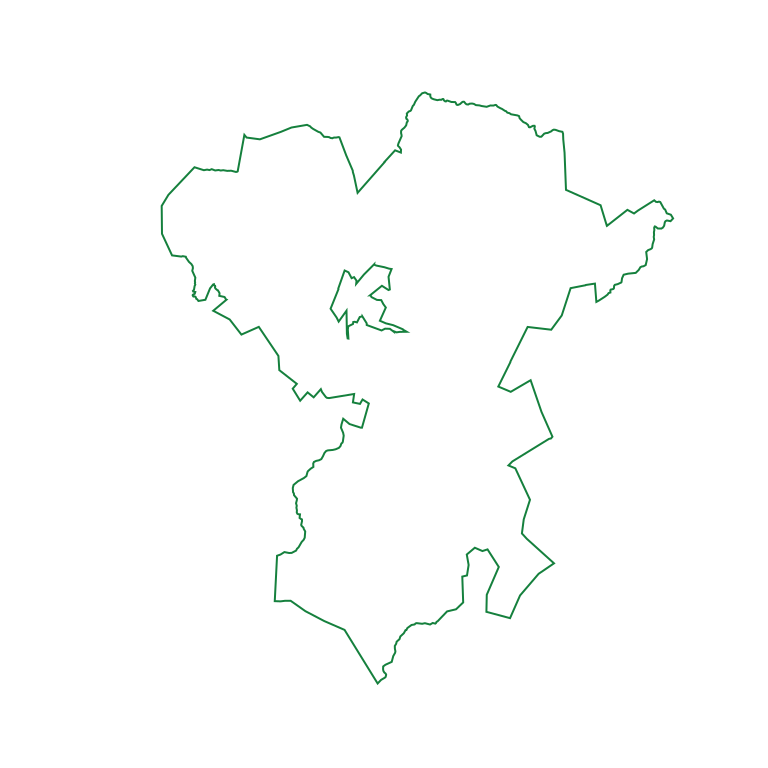 the district of Marondera, Mashonaland East, Zimbabwe, rotated 281°
{"feature_id": "62879985B19621940565976", "entity_name": "Marondera", "entity_type": "district", "adm_level": 2, "iso_a3": "ZWE", "parent_name": "Zimbabwe", "parent_adm1": "Mashonaland East", "projection": "orthographic", "projection_center": [31.543, -18.251], "detail": "fine", "context": "isolated", "style": "outline", "palette": "green", "viewbox_px": 768, "rotation_deg": 281, "n_neighbors": 0, "source": "geoboundaries", "source_scale": "gbopen_adm2", "svg_char_len": 6162}
<svg xmlns="http://www.w3.org/2000/svg" viewBox="0 0 768 768"><g transform="rotate(281 384 384)"><path d="M240.4,585.1L259.3,553.7L263.6,547.9L277.8,547.0L298.2,549.4L326.3,529.0L327.8,521.7L332.5,524.8L361.6,556.4L362.4,558.3L364.4,559.4L386.7,543.9L415.7,527.2L400.5,509.9L403.3,496.7L429.6,503.9L430.1,503.8L467.4,514.1L469.2,537.8L485.2,545.4L513.7,548.9L519.4,563.0L519.7,563.2L522.8,571.9L505.1,576.8L506.9,579.0L511.7,584.0L514.4,586.4L516.1,587.1L517.0,588.8L519.1,588.3L519.9,588.5L520.9,590.8L521.6,591.4L524.4,591.2L525.4,591.7L526.6,594.3L528.9,597.5L529.4,597.7L533.2,597.5L537.0,598.4L538.9,602.6L541.1,609.9L544.6,612.3L547.6,613.4L548.5,614.6L549.1,616.3L550.7,618.2L556.8,618.4L563.6,616.2L565.8,617.7L567.2,619.9L568.3,621.0L569.3,621.2L572.6,621.0L577.4,621.6L579.9,620.7L581.7,620.7L584.5,620.0L586.7,620.0L588.9,619.4L590.3,619.7L590.3,620.5L588.9,623.1L589.5,626.6L590.7,627.9L592.8,628.8L596.4,628.8L597.6,629.3L598.5,630.5L598.5,634.2L601.7,636.2L604.9,633.3L605.5,629.0L608.9,626.7L609.5,625.3L615.3,620.5L615.5,619.1L614.8,617.9L614.7,616.2L615.9,614.2L602.7,600.2L599.1,596.9L601.4,589.7L581.9,572.8L582.5,572.5L582.3,572.3L600.8,562.5L609.3,525.6L645.5,517.1L658.3,513.3L663.9,512.0L665.6,511.0L665.6,507.7L666.2,504.0L666.1,502.2L665.3,501.0L663.9,499.9L661.7,496.8L661.1,494.9L660.3,493.5L656.8,491.3L656.4,489.6L657.3,486.4L661.2,484.5L663.3,482.9L665.6,482.9L666.2,482.5L665.9,481.0L663.8,478.3L663.8,477.3L665.8,475.9L667.1,473.5L667.7,470.8L669.7,467.8L670.8,466.4L672.7,465.5L673.1,463.8L673.0,457.2L673.8,455.5L673.9,453.3L675.1,451.7L675.2,450.6L676.6,447.2L676.9,445.7L678.0,442.4L679.2,441.0L679.2,440.1L678.2,438.3L677.7,435.3L675.7,431.9L675.5,426.7L675.7,424.6L675.3,421.0L676.1,418.8L676.1,416.9L675.5,414.6L674.4,413.3L674.3,411.6L674.8,410.6L676.3,408.8L676.3,408.3L675.9,407.2L673.3,405.2L672.2,403.6L671.9,402.6L672.2,401.8L673.7,400.8L674.3,400.1L673.7,396.3L674.3,392.3L674.1,391.5L673.2,390.9L673.1,390.2L673.8,388.8L675.0,387.9L674.9,387.1L673.9,386.0L673.7,384.4L672.8,382.2L673.0,378.5L673.4,376.5L674.1,375.3L675.2,374.6L677.0,374.2L677.0,371.4L677.7,370.1L678.0,368.6L676.7,366.0L674.1,364.3L673.1,363.3L667.0,360.8L663.8,360.1L662.4,359.2L657.9,358.3L657.2,357.9L656.2,356.3L653.9,354.8L651.9,355.4L650.7,354.9L649.5,354.9L648.5,355.5L648.2,356.3L647.3,357.0L646.2,357.1L645.3,356.5L642.1,356.4L639.5,355.1L636.9,353.0L635.7,352.5L633.5,352.9L631.8,353.7L630.6,354.0L623.0,352.3L620.9,352.1L620.3,352.5L619.4,354.0L617.3,356.0L614.4,356.4L615.5,350.3L602.1,342.1L602.0,342.3L566.6,321.6L582.9,314.7L586.1,313.0L587.5,312.6L601.2,303.3L617.6,293.2L617.7,292.3L616.7,289.8L616.6,288.8L616.1,287.3L615.4,286.5L615.3,284.5L615.8,283.3L615.8,281.7L615.2,278.0L618.7,273.6L619.0,271.4L620.9,265.7L621.9,263.5L622.8,262.4L623.7,259.0L618.1,244.2L611.8,234.6L600.5,215.5L599.7,202.1L601.9,199.4L564.8,199.8L564.2,199.1L563.9,198.1L564.2,193.3L563.3,189.4L563.2,185.4L562.4,183.0L562.5,180.8L561.4,177.5L562.0,173.9L560.7,171.9L560.7,169.4L559.5,166.4L560.6,156.6L528.6,136.3L516.4,131.8L489.1,137.4L469.8,151.4L470.4,160.7L471.1,162.1L471.1,165.2L470.2,165.6L466.7,169.2L465.0,172.0L463.2,173.7L461.3,174.3L458.5,174.2L452.4,178.5L448.9,178.7L447.8,179.2L446.8,179.1L445.5,179.8L444.1,179.4L440.3,179.5L438.9,178.7L438.3,179.2L438.3,181.2L436.5,181.0L435.1,179.3L434.5,179.3L433.6,180.0L433.5,180.7L433.9,181.4L433.6,182.4L431.7,183.6L431.6,184.4L430.1,186.0L432.6,192.6L444.7,195.0L449.1,197.3L449.5,198.0L448.4,198.4L448.2,199.4L447.6,199.7L446.4,199.7L445.6,200.3L444.3,202.5L444.3,203.0L442.1,205.0L441.4,205.3L439.1,205.5L439.0,210.5L438.8,211.1L436.8,212.8L436.7,213.3L423.3,202.4L417.9,220.2L405.3,234.6L416.2,250.2L391.4,275.0L377.6,278.6L367.5,298.4L362.0,295.3L351.6,304.9L361.2,310.6L357.5,317.5L366.9,323.0L364.4,324.6L360.1,329.4L359.5,330.7L359.7,332.8L368.5,356.6L360.0,357.0L359.9,364.2L364.7,365.9L362.0,372.8L336.9,370.7L336.7,369.6L338.1,357.8L342.1,350.6L336.2,350.0L332.9,350.1L328.3,353.2L325.6,354.3L319.5,354.6L318.5,354.4L317.4,353.5L314.7,353.1L312.7,351.9L310.7,349.0L309.5,346.3L308.1,341.5L307.2,340.0L304.9,338.7L301.5,337.9L298.3,336.8L296.7,334.7L295.6,332.1L294.1,330.1L292.5,329.7L289.1,330.5L286.9,328.2L284.1,326.1L283.1,325.7L278.8,325.4L276.4,323.3L272.2,318.2L267.7,314.5L264.5,314.3L260.4,315.4L259.4,316.4L257.7,316.9L254.8,320.5L253.0,320.6L250.2,320.4L247.8,321.6L245.9,321.6L243.5,322.6L241.2,322.9L240.1,323.7L239.8,324.8L240.0,326.4L236.4,326.7L235.7,328.1L235.4,329.3L233.7,329.7L229.9,329.6L229.0,330.2L227.6,332.4L226.7,332.7L224.2,334.8L218.0,335.5L215.8,334.9L213.2,333.3L207.4,331.3L205.6,330.0L203.7,329.5L200.6,325.6L200.0,323.1L200.0,318.3L196.8,314.9L195.0,311.8L150.0,318.2L150.9,323.9L152.3,328.2L153.4,333.7L146.0,350.2L139.9,370.6L135.1,392.2L88.8,434.9L93.0,437.6L95.9,440.9L96.8,441.5L99.0,441.6L100.0,440.9L100.9,439.3L102.3,438.1L103.9,437.5L106.6,437.1L108.7,439.0L112.7,444.6L118.7,445.0L122.3,446.2L123.8,446.2L126.2,445.2L128.9,444.6L131.3,445.5L133.5,445.6L136.5,447.9L139.3,448.2L143.1,451.0L146.5,452.1L146.7,452.9L148.9,453.5L152.7,457.0L153.8,459.9L155.0,460.7L155.5,461.7L155.9,467.2L157.0,469.8L156.7,475.1L158.7,477.4L158.6,480.1L159.2,480.6L160.6,481.0L161.3,481.9L172.8,489.3L176.6,497.7L184.7,503.4L209.9,497.6L211.9,502.0L222.5,501.6L232.4,497.8L240.6,504.4L238.8,512.5L241.4,517.2L226.3,531.6L196.7,525.1L179.9,528.0L178.2,552.4L202.4,557.9L227.2,572.0L240.4,585.1ZM426.2,338.0L448.8,333.2L436.6,327.6L440.2,324.8L447.7,317.2L468.4,321.2L469.0,320.9L487.9,323.7L486.9,327.8L481.7,332.0L483.2,334.2L480.2,337.3L477.0,337.6L487.6,343.4L499.5,351.4L499.2,351.4L498.8,353.9L498.7,362.2L498.2,366.9L498.3,369.5L490.1,368.0L477.9,371.7L477.1,370.5L480.0,363.2L468.4,353.4L468.5,353.8L466.9,355.2L465.2,361.0L465.8,365.3L462.3,368.1L459.4,371.2L445.3,367.9L443.9,374.3L443.5,381.8L441.3,392.1L440.6,392.7L440.9,392.5L439.6,396.3L438.2,389.6L437.1,386.5L437.8,382.7L437.5,382.9L439.3,379.2L438.5,374.5L436.1,371.4L438.6,355.8L440.3,355.4L446.4,349.7L446.2,349.7L445.1,347.4L439.3,345.7L439.5,343.4L439.0,342.0L437.0,342.1L433.8,337.9L430.5,338.1L421.8,340.4L421.8,339.6L426.2,338.0Z" fill="none" stroke="#15803d" stroke-width="2"/></g></svg>